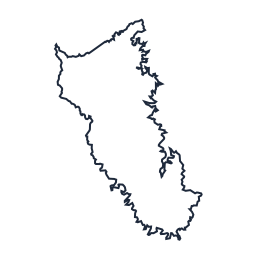 Prudentópolis, Paraná, Brazil, rotated 183°
{"feature_id": "56859067B94750032361758", "entity_name": "Prudentópolis", "entity_type": "district", "adm_level": 2, "iso_a3": "BRA", "parent_name": "Brazil", "parent_adm1": "Paraná", "projection": "robinson", "projection_center": [-51.129, -25.136], "detail": "fine", "context": "isolated", "style": "outline", "palette": "slate", "viewbox_px": 256, "rotation_deg": 183, "n_neighbors": 0, "source": "geoboundaries", "source_scale": "gbopen_adm2", "svg_char_len": 5824}
<svg xmlns="http://www.w3.org/2000/svg" viewBox="0 0 256 256"><g transform="rotate(183 128 128)"><path d="M70.0,20.4L71.1,23.0L72.3,23.7L72.5,24.6L74.1,27.0L73.6,28.3L72.4,29.7L71.5,30.1L70.8,29.0L69.5,30.5L68.7,30.4L67.2,29.4L65.5,29.5L66.0,31.5L65.0,31.7L62.1,34.4L62.9,37.7L62.2,38.5L60.9,38.5L60.3,39.7L61.3,40.6L61.2,42.2L59.4,41.7L58.8,42.4L58.2,44.9L59.7,47.6L62.2,50.1L61.0,50.2L60.3,53.4L59.3,53.4L58.5,54.1L55.3,54.2L54.6,58.1L53.1,59.1L53.7,63.1L51.5,64.3L51.0,65.4L51.5,66.5L54.5,67.1L55.9,67.2L57.6,66.3L62.6,69.2L67.1,68.3L70.1,69.3L68.8,71.5L68.6,72.9L70.7,73.9L71.4,74.9L70.8,77.2L71.7,79.2L69.5,81.7L69.4,82.6L72.1,84.8L71.5,86.2L69.4,88.2L71.6,90.2L70.9,93.9L74.3,97.7L75.0,103.4L75.5,104.2L77.8,105.7L78.9,107.3L80.3,105.8L81.2,105.9L84.1,109.3L85.1,109.8L84.1,107.4L83.5,103.3L80.6,102.3L80.9,101.0L81.6,100.5L86.0,100.5L86.7,98.9L86.8,97.8L86.2,97.2L84.2,97.0L82.6,95.4L83.2,94.9L86.7,95.8L88.4,95.8L89.4,94.9L89.5,88.8L89.3,87.9L88.6,87.5L91.0,83.5L91.2,81.9L91.9,81.0L93.0,85.3L93.8,85.8L93.8,87.1L93.3,88.9L91.7,90.1L91.1,91.3L91.0,94.1L92.4,96.6L92.3,98.3L89.2,100.8L88.7,102.8L88.9,104.2L89.9,106.2L93.2,106.1L94.3,106.5L93.7,107.1L91.5,107.5L91.6,109.2L92.2,109.9L96.3,111.9L96.3,112.8L95.3,114.5L91.5,118.9L91.3,119.9L92.1,121.4L94.1,122.8L93.7,124.1L89.6,125.5L91.4,126.7L91.3,127.6L96.7,128.4L95.9,131.2L94.9,131.7L95.1,133.0L96.2,133.4L98.3,132.8L101.7,134.8L102.2,136.9L101.6,138.0L103.4,138.8L104.1,138.2L105.0,138.3L105.4,138.9L108.4,139.6L106.3,141.7L104.7,142.2L104.0,144.6L102.5,147.5L101.2,145.9L99.2,147.3L101.4,149.1L102.0,151.4L104.6,150.8L104.7,149.8L105.5,149.8L107.9,151.7L111.0,152.7L113.0,155.3L107.9,154.0L103.1,154.2L102.2,154.8L101.3,155.8L103.6,156.8L106.0,159.0L106.7,158.8L108.0,160.6L106.3,160.6L104.9,161.9L106.4,165.9L105.4,166.7L102.8,164.5L102.7,167.3L102.1,168.2L102.5,174.1L100.8,172.7L100.4,174.1L97.9,173.1L96.1,173.8L100.3,175.9L101.0,177.3L103.1,179.2L103.6,180.1L101.9,181.5L103.9,182.2L103.9,183.6L105.5,183.2L105.4,182.1L106.3,180.9L109.2,182.4L110.0,183.3L110.2,184.5L110.3,189.1L111.8,188.8L114.0,189.9L113.8,189.0L111.7,186.5L112.7,184.2L114.8,183.5L115.8,181.9L116.6,182.3L116.3,184.9L117.1,185.8L117.3,188.2L118.5,188.1L117.7,190.9L118.9,192.5L118.7,194.0L116.7,194.9L113.3,194.5L112.7,195.6L113.6,195.9L112.5,198.0L115.4,197.9L117.4,197.0L117.6,197.8L116.8,198.8L117.7,200.5L117.7,201.5L117.1,201.9L114.5,201.5L113.9,202.9L111.4,205.2L111.1,206.2L114.1,204.8L116.2,205.4L117.2,205.1L116.7,206.0L117.1,206.9L120.3,206.3L119.9,207.9L117.8,210.6L115.8,210.8L115.7,212.4L114.9,213.9L116.3,213.1L117.0,214.2L117.8,212.6L120.6,212.9L121.5,213.5L121.3,218.3L122.1,218.4L123.2,216.8L124.1,218.2L123.8,213.9L124.0,212.9L125.0,213.2L125.4,212.4L125.2,211.1L126.4,210.8L128.0,211.9L128.1,213.4L127.2,215.1L129.4,216.2L129.6,217.1L129.2,217.8L128.1,218.4L127.1,218.3L126.6,220.9L123.3,224.9L119.4,224.6L116.1,226.7L117.7,228.3L117.5,230.1L119.1,232.3L118.5,233.9L119.4,236.3L120.1,236.8L122.8,235.2L126.4,234.5L128.7,232.1L129.8,232.8L132.0,231.8L132.5,230.3L133.7,229.3L134.7,226.7L138.0,224.6L138.2,223.7L139.0,223.8L139.4,224.6L141.3,224.0L141.4,223.1L140.5,222.5L140.8,221.5L141.6,221.5L142.0,220.5L142.8,220.9L143.1,222.2L145.0,222.9L146.3,221.1L146.3,219.3L147.5,219.5L148.1,219.0L147.0,217.4L146.6,215.5L147.6,216.0L148.9,215.9L149.7,215.4L149.7,214.5L150.9,214.2L151.5,213.0L152.4,213.9L153.3,214.0L154.7,212.7L155.3,213.0L171.0,200.5L172.0,201.1L173.7,200.4L175.8,198.1L178.5,197.3L180.5,199.0L181.1,197.5L183.8,196.3L186.9,196.9L188.3,196.2L191.0,196.1L192.0,195.5L192.6,197.0L194.0,198.0L195.1,199.7L200.6,201.8L201.2,204.7L203.0,205.7L204.0,207.7L204.7,206.6L203.9,205.1L205.0,203.2L203.5,201.7L202.9,199.8L203.8,197.7L202.0,195.3L201.0,194.7L200.5,193.6L198.8,192.4L197.6,189.7L198.4,186.9L198.3,186.0L196.7,182.2L198.1,180.9L198.5,179.8L198.3,178.5L199.7,176.6L199.6,173.2L200.7,170.5L200.2,167.5L198.3,166.8L195.9,164.2L195.8,162.6L196.3,160.6L195.8,159.6L197.8,156.2L196.3,154.8L191.2,153.8L188.6,151.8L187.5,151.7L185.5,149.3L184.7,149.4L182.8,148.6L182.0,147.8L181.3,145.9L179.1,146.7L178.2,146.3L177.2,144.7L177.1,142.9L176.4,142.2L176.2,139.9L175.3,138.6L174.5,139.3L174.1,138.7L173.4,139.3L172.4,139.2L171.6,138.2L171.4,136.5L170.6,135.0L169.2,134.7L167.5,135.9L167.5,138.0L166.0,137.5L166.2,136.3L163.9,133.3L164.1,132.4L165.4,131.4L166.1,129.8L166.0,124.7L166.3,123.5L169.6,118.3L169.1,117.3L168.2,117.3L168.2,114.1L166.9,112.4L167.6,111.8L167.1,110.2L165.7,109.4L163.2,109.3L163.2,105.9L162.1,102.1L163.5,100.2L163.2,99.4L161.9,98.9L160.8,97.3L160.6,96.0L158.4,94.8L159.2,93.5L159.0,91.0L158.2,90.4L154.7,90.5L154.1,90.9L151.5,90.3L151.8,87.7L152.2,86.8L153.4,86.0L153.6,84.9L153.1,83.9L148.3,84.5L147.2,83.1L147.8,82.0L147.1,80.3L144.3,76.4L139.2,76.4L137.1,75.8L137.2,73.0L138.9,70.3L141.6,69.7L142.4,69.0L141.2,64.9L140.4,65.1L140.3,67.6L139.5,68.2L134.4,67.5L133.9,69.6L134.6,70.7L134.1,71.2L130.4,71.2L129.1,70.1L128.0,68.7L127.2,65.6L128.7,63.8L131.3,64.7L131.3,63.6L130.4,62.0L128.5,61.2L125.5,63.0L123.8,62.0L122.2,62.0L122.5,60.9L127.4,55.1L127.3,54.1L123.9,56.3L123.0,56.1L123.8,53.9L126.0,51.3L123.0,51.1L119.8,53.3L118.4,50.5L119.8,48.0L119.8,47.2L118.3,46.3L116.2,46.2L115.6,45.5L116.4,43.3L116.4,39.4L114.4,39.3L113.5,37.9L113.4,36.8L114.6,34.7L113.3,34.4L110.1,35.7L108.2,32.0L106.9,32.2L106.2,31.5L105.9,30.3L106.8,27.6L105.0,27.9L103.7,31.8L102.1,30.4L99.8,30.8L99.9,28.8L102.6,22.8L101.9,22.3L100.9,22.5L99.4,24.3L97.0,24.3L93.7,26.3L94.3,28.9L94.1,29.8L88.7,28.5L87.9,27.5L89.9,24.6L89.5,23.8L86.4,24.1L83.5,25.1L82.4,24.6L82.5,23.0L84.1,20.5L84.0,19.2L80.4,20.1L79.4,25.3L78.5,25.2L76.5,22.7L74.6,23.2L73.2,22.9L72.0,20.7L71.8,19.5L70.7,19.2L70.0,20.4ZM118.5,188.1L120.6,187.6L123.0,188.9L121.3,188.9L118.5,188.1ZM100.8,172.7L100.3,171.6L99.8,172.2L100.8,172.7Z" fill="none" stroke="#1e293b" stroke-width="2"/></g></svg>